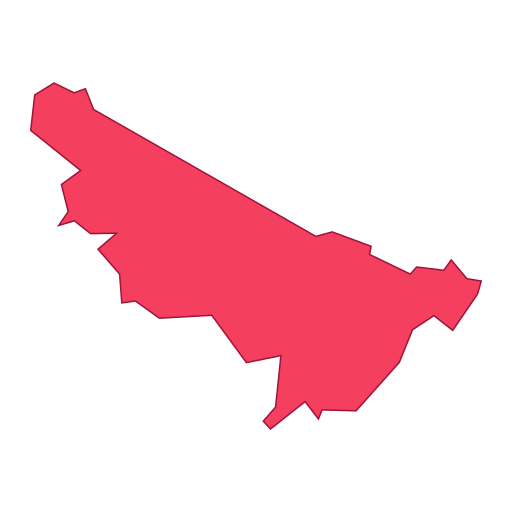 outline of Kisela Voda, Aerodrom, North Macedonia
{"feature_id": "65306769B41644037603367", "entity_name": "Kisela Voda", "entity_type": "district", "adm_level": 2, "iso_a3": "MKD", "parent_name": "North Macedonia", "parent_adm1": "Aerodrom", "projection": "natural_earth1", "projection_center": [21.486, 41.95], "detail": "fine", "context": "isolated", "style": "filled", "palette": "rose", "viewbox_px": 512, "rotation_deg": 0, "n_neighbors": 0, "source": "geoboundaries", "source_scale": "gbopen_adm2", "svg_char_len": 641}
<svg xmlns="http://www.w3.org/2000/svg" viewBox="0 0 512 512"><path d="M85.4,88.7L74.1,92.8L54.0,83.0L34.7,95.0L30.7,130.4L80.6,170.5L61.4,184.5L68.2,211.6L58.7,225.5L74.3,220.8L90.5,233.6L116.6,233.2L98.0,249.2L119.6,274.1L121.8,302.9L135.4,301.0L159.4,318.2L211.8,315.3L246.4,362.6L280.9,355.6L275.6,407.0L263.3,421.2L270.5,429.0L305.1,401.6L318.4,419.0L322.1,409.9L356.1,410.8L399.3,362.4L412.5,329.8L433.9,315.6L452.7,330.4L477.5,294.1L481.3,281.0L466.9,278.7L451.2,259.9L443.8,270.3L416.7,267.0L410.3,274.1L369.6,254.5L371.1,246.3L332.2,231.9L315.9,236.4L93.6,109.5L85.4,88.7Z" fill="#f43f5e" stroke="#9f1239" stroke-width="1.5"/></svg>